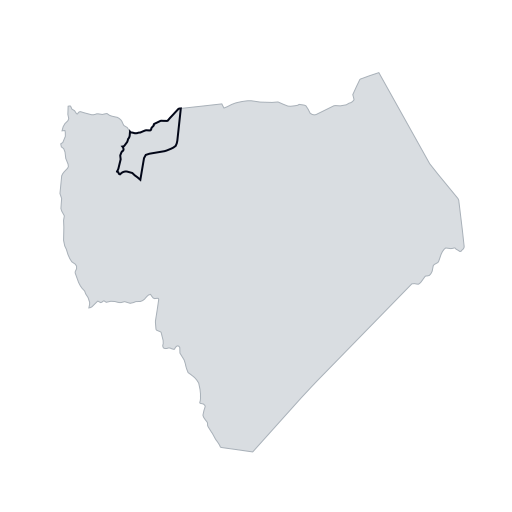 where El Oued sits in Algeria, rotated 276°
{"feature_id": "DZA-2191", "entity_name": "El Oued", "entity_type": "Province", "adm_level": 1, "iso_a3": "DZA", "parent_name": "Algeria", "parent_adm1": "", "projection": "natural_earth1", "projection_center": [6.786, 33.25], "detail": "fine", "context": "in_parent", "style": "outline", "palette": "ink", "viewbox_px": 512, "rotation_deg": 276, "n_neighbors": 0, "source": "natural_earth", "source_scale": "10m", "svg_char_len": 5077}
<svg xmlns="http://www.w3.org/2000/svg" viewBox="0 0 512 512"><g transform="rotate(276 256 256)"><path d="M385.3,53.5L385.7,54.7L385.7,55.9L384.0,56.9L382.9,57.5L381.5,60.4L379.0,62.4L378.6,63.0L378.6,63.6L380.3,64.5L380.9,65.3L381.2,66.4L380.4,70.5L379.3,77.7L379.4,79.3L380.0,81.2L380.7,82.6L380.9,84.3L380.7,88.4L381.5,90.7L382.1,92.9L380.6,95.6L380.0,98.0L379.6,101.4L379.4,103.6L378.5,105.6L377.2,107.4L375.8,108.6L374.0,109.6L372.0,110.9L370.3,114.5L366.7,117.4L366.0,118.4L365.7,120.8L365.8,124.1L366.4,126.7L368.1,130.5L369.6,134.8L370.1,136.9L370.6,137.7L372.8,139.1L376.4,141.0L377.1,141.8L379.0,144.7L380.7,149.9L381.3,153.4L387.8,158.7L394.1,163.4L394.5,164.1L398.0,180.1L399.2,185.7L403.7,206.1L401.8,207.3L399.8,208.7L401.3,211.5L404.2,216.0L406.0,219.6L406.6,221.2L408.1,225.7L409.2,230.1L409.5,231.5L409.9,234.9L409.5,244.1L410.4,255.9L411.5,261.8L409.8,267.1L408.4,272.1L408.5,274.7L409.4,278.7L410.2,281.6L411.3,283.1L411.1,288.1L410.6,289.9L407.4,292.5L403.7,294.9L402.7,296.9L402.4,299.1L402.9,300.9L413.5,317.7L413.9,319.3L414.1,324.1L415.8,330.0L417.7,332.6L418.5,334.5L419.8,335.9L421.1,336.9L422.0,337.1L426.6,335.4L434.7,338.1L442.3,340.8L442.9,341.4L447.3,350.4L451.2,359.0L365.9,419.1L356.5,428.3L334.3,450.8L332.6,451.8L303.4,458.5L288.2,461.8L287.5,462.0L286.6,462.0L286.0,462.0L284.7,461.4L283.1,460.0L282.1,459.4L281.8,458.3L282.5,456.9L283.2,455.6L283.5,454.6L284.1,453.8L284.7,453.2L284.8,452.4L284.2,450.9L283.7,449.0L283.8,445.4L283.8,443.8L282.4,442.4L279.8,440.9L277.3,440.0L276.2,439.7L273.5,439.1L269.8,438.2L268.5,437.5L266.2,434.2L265.0,433.3L259.4,432.8L257.6,432.2L256.1,431.4L254.8,430.4L254.1,428.5L253.9,427.1L253.4,426.3L247.3,422.8L245.7,421.5L244.9,420.4L244.9,418.7L245.1,416.7L244.8,414.8L244.6,413.9L138.0,329.7L132.3,325.3L119.4,315.6L60.8,273.2L61.9,242.8L62.0,241.2L62.4,240.5L64.3,239.4L67.4,236.9L68.6,235.7L70.0,234.6L75.1,231.1L76.2,230.1L81.2,226.2L82.4,225.6L85.0,225.2L86.1,224.4L87.6,222.9L89.8,221.0L91.3,220.2L91.6,220.0L92.5,219.9L97.0,220.4L98.8,220.8L101.1,221.2L101.8,220.9L102.4,220.4L103.3,219.1L103.5,217.6L103.6,216.3L103.8,215.7L104.2,215.4L105.1,215.5L106.4,215.7L109.1,215.7L110.0,215.5L113.1,215.2L117.4,214.3L123.6,212.3L126.5,210.0L128.7,207.6L131.1,203.9L132.9,200.7L136.5,198.8L139.5,197.6L141.2,197.1L145.1,195.4L151.5,190.5L156.9,189.8L157.5,189.4L158.3,188.5L158.4,187.1L157.5,186.0L156.4,185.5L155.7,184.9L154.9,184.8L154.6,184.1L154.8,182.7L155.0,181.5L155.5,180.3L155.4,178.6L154.7,176.9L154.5,175.7L154.6,174.4L155.0,173.5L156.1,172.9L157.4,172.6L159.1,172.9L162.2,172.5L170.2,169.6L170.7,168.7L171.3,166.6L171.9,164.8L172.7,164.2L173.2,164.1L179.5,162.9L180.9,162.8L192.6,163.4L202.7,163.8L203.6,163.3L203.6,162.0L203.0,159.6L203.5,158.1L204.9,156.7L206.8,155.1L206.0,153.2L204.6,151.9L202.6,150.4L201.6,149.8L199.8,147.9L198.7,145.8L198.1,141.3L196.8,138.8L195.8,135.8L196.9,130.1L195.6,126.7L195.4,125.2L195.5,123.5L196.0,120.5L195.8,116.3L194.3,111.9L195.1,110.4L195.5,109.6L195.4,109.0L194.0,107.6L193.4,106.4L193.8,105.4L194.5,103.8L194.5,103.2L192.2,101.3L188.4,98.2L187.4,96.8L186.9,95.2L190.6,95.6L192.5,95.4L197.0,93.4L200.5,90.6L203.3,89.2L205.8,86.3L208.0,84.4L211.2,82.3L220.3,77.9L221.7,77.9L224.6,78.9L227.2,78.6L229.0,77.1L231.0,73.4L233.9,71.1L237.7,68.9L242.8,66.7L246.1,64.7L251.4,63.0L264.5,61.9L271.3,60.9L275.9,61.2L280.5,58.0L282.9,57.0L292.9,56.7L297.6,54.5L315.5,54.4L317.7,55.2L319.8,56.5L323.5,59.4L325.3,60.1L327.7,59.5L333.2,56.6L339.4,55.2L342.7,53.5L344.2,51.0L347.1,50.1L348.7,52.0L355.1,53.9L359.1,53.4L360.8,52.8L360.2,50.0L364.4,50.7L367.6,52.1L370.9,54.8L373.1,55.4L377.1,54.1L385.3,53.5Z" fill="#d9dde1" stroke="#a8b0b8" stroke-width="1"/><path d="M369.6,133.7L369.7,136.7L369.9,137.8L370.4,138.3L371.1,138.5L372.0,138.6L372.7,138.8L374.7,140.4L375.1,140.6L375.5,140.7L375.9,140.7L376.2,140.6L376.7,140.9L378.4,143.7L380.3,146.7L380.6,147.5L380.8,150.7L381.0,153.0L381.2,153.8L381.3,153.8L381.8,154.4L384.1,155.9L387.0,158.1L390.9,161.0L394.1,163.4L394.3,163.7L394.6,164.2L394.9,165.8L362.4,165.7L359.7,165.4L357.1,164.6L355.2,162.5L353.8,160.3L351.5,156.0L350.7,154.1L346.6,139.4L345.0,135.8L341.6,134.4L319.7,133.0L321.8,130.0L323.6,126.9L324.6,125.6L325.3,124.7L325.6,124.3L325.7,123.8L326.5,118.9L326.5,117.8L326.4,117.3L326.2,116.5L325.9,115.7L325.7,115.3L325.2,114.4L324.5,113.6L323.2,112.4L323.0,112.2L323.1,111.9L323.2,111.6L323.3,111.3L323.4,111.1L323.6,110.9L323.8,110.8L324.6,110.5L324.9,110.3L325.1,110.0L325.2,109.7L325.2,109.4L325.3,109.1L325.4,108.9L325.5,108.9L326.7,109.5L328.4,110.0L338.0,111.3L341.6,110.5L342.0,110.5L344.9,111.3L346.0,111.8L346.1,112.1L346.3,112.3L346.5,112.5L346.8,112.7L347.1,112.9L347.4,113.0L347.8,113.1L348.4,113.1L348.9,112.9L349.6,112.7L350.3,112.3L350.9,111.7L351.2,112.8L351.8,113.5L355.8,115.9L356.8,116.2L359.0,116.6L360.2,117.3L361.5,117.7L362.6,117.8L366.4,117.7L366.5,117.7L366.1,118.1L365.8,118.7L365.8,120.4L365.4,122.7L365.5,123.6L365.7,124.8L365.9,125.2L366.4,126.3L366.6,127.4L366.7,128.0L367.9,130.1L369.3,132.7L369.6,133.6L369.6,133.7Z" fill="none" stroke="#020617" stroke-width="2"/></g></svg>